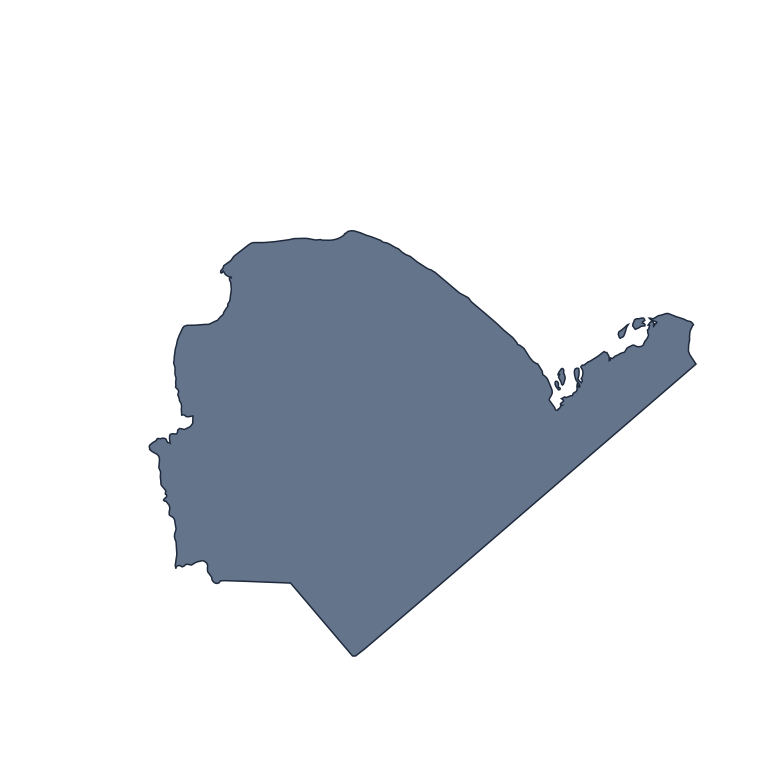 SVG path tracing the border of Buenos Aires, rotated 231°
{"feature_id": "ARG-1295", "entity_name": "Buenos Aires", "entity_type": "Federal District", "adm_level": 1, "iso_a3": "ARG", "parent_name": "Argentina", "parent_adm1": "", "projection": "albers", "projection_center": [-60.531, -37.151], "detail": "fine", "context": "isolated", "style": "filled", "palette": "slate", "viewbox_px": 768, "rotation_deg": 231, "n_neighbors": 0, "source": "natural_earth", "source_scale": "10m", "svg_char_len": 6175}
<svg xmlns="http://www.w3.org/2000/svg" viewBox="0 0 768 768"><g transform="rotate(231 384 384)"><path d="M577.7,348.5L577.4,366.4L577.0,369.5L575.9,371.8L569.7,379.4L563.8,388.0L555.9,401.0L553.7,405.5L547.1,414.1L545.1,416.3L538.8,421.6L536.4,425.3L535.8,425.9L534.8,426.4L530.1,432.0L528.3,434.6L526.9,437.4L525.8,440.3L525.2,443.3L524.9,446.4L525.6,448.1L525.2,449.5L525.3,451.6L525.1,452.4L523.7,455.0L521.7,457.2L516.4,460.8L510.5,464.0L506.4,466.8L497.5,471.9L495.6,472.2L494.8,472.5L491.9,474.9L489.8,476.1L483.0,478.7L479.9,480.3L474.9,481.0L470.8,482.4L466.6,484.7L457.6,486.7L445.8,490.6L442.6,492.6L440.9,493.0L438.9,493.9L407.2,499.9L398.1,503.7L396.8,503.8L393.0,503.6L367.7,508.4L358.9,509.9L350.3,511.0L338.9,513.3L332.7,513.3L330.6,512.8L329.9,513.0L328.7,513.9L323.5,515.2L312.8,513.9L307.8,514.0L304.2,515.2L303.7,515.7L302.8,516.1L294.1,515.0L293.4,514.3L292.4,514.0L291.5,513.2L291.0,513.2L290.0,513.7L287.7,514.2L285.1,514.2L274.6,511.2L272.6,510.2L270.9,508.8L269.8,506.7L268.8,504.1L268.1,502.8L267.3,502.3L258.3,501.8L256.1,500.9L254.9,501.7L254.3,502.8L254.9,503.5L254.6,505.0L255.7,507.7L255.4,508.9L256.1,508.2L256.9,508.2L257.5,508.6L257.7,509.6L257.6,512.2L257.8,512.7L258.4,513.2L261.0,512.7L260.3,515.1L260.5,516.1L259.1,516.9L258.6,517.5L257.9,520.1L257.4,521.6L256.6,522.8L256.5,523.3L257.6,525.0L257.6,526.3L257.2,528.5L257.7,529.8L258.7,531.0L261.2,532.8L262.3,534.1L260.8,533.9L259.3,533.2L258.5,534.1L259.0,534.8L260.3,535.4L261.6,535.6L265.9,535.7L267.2,536.0L271.6,538.1L274.0,539.8L275.3,541.7L275.3,542.5L275.1,543.4L274.7,544.1L274.2,544.7L273.5,545.0L273.1,544.9L272.3,544.2L271.2,543.7L268.0,540.9L266.9,539.4L266.2,538.0L265.7,537.7L265.0,538.0L264.0,537.7L260.9,538.1L261.2,539.4L261.6,540.0L262.0,540.5L264.0,540.5L264.8,542.6L265.9,544.1L268.2,546.2L269.2,546.8L271.9,547.5L273.3,547.6L273.6,547.9L273.9,549.5L273.7,550.3L273.1,550.9L272.8,551.6L272.7,556.6L272.1,558.2L270.9,567.9L270.8,574.2L270.6,575.5L270.3,575.4L268.4,576.6L268.2,577.0L264.0,576.3L262.8,575.6L260.4,573.7L260.2,574.5L260.4,575.2L261.6,576.6L260.3,577.3L260.0,577.9L260.2,580.5L260.0,581.8L259.3,584.3L259.0,586.8L258.0,589.7L257.5,590.4L257.4,591.1L258.9,595.2L258.9,596.7L257.9,600.8L257.5,602.2L256.3,603.0L253.9,604.1L253.0,605.1L252.0,606.3L251.3,607.8L251.0,609.2L251.3,610.3L252.9,613.3L253.9,617.5L254.4,618.2L254.4,618.5L255.3,620.1L255.8,620.5L257.5,621.1L259.4,622.3L260.0,622.5L260.2,622.8L260.2,624.5L260.4,624.9L261.2,625.5L261.8,626.6L262.6,627.3L263.6,626.3L264.4,629.5L264.4,631.3L263.5,632.2L260.9,631.7L259.8,630.2L259.2,629.8L259.3,631.0L260.2,632.7L260.1,633.3L259.7,633.7L260.2,634.8L260.6,635.0L264.8,632.4L266.4,631.7L268.2,631.6L267.5,632.4L265.6,633.9L265.2,634.8L264.4,640.2L262.8,643.4L261.4,647.3L260.0,649.2L252.1,653.7L245.7,657.9L242.1,659.5L240.2,661.1L239.2,661.7L238.0,661.9L236.6,662.0L235.3,661.8L234.9,660.0L232.7,655.6L231.9,654.5L228.6,651.3L225.9,649.2L222.9,645.6L218.6,641.8L217.8,641.2L214.3,640.1L203.1,639.0L192.9,302.7L190.3,202.6L190.5,190.8L192.4,188.4L220.9,187.7L288.1,186.1L321.3,148.2L331.8,136.0L333.9,132.9L333.3,130.7L333.9,129.0L334.9,127.9L335.6,127.5L337.1,127.0L339.0,126.9L340.0,127.1L342.2,128.4L343.0,128.5L349.1,128.8L351.7,130.6L353.8,132.6L355.3,133.3L356.7,133.5L357.6,133.3L359.3,132.8L360.7,132.0L361.2,131.3L363.4,126.7L364.0,124.2L364.4,120.9L364.6,120.4L364.8,120.1L367.3,118.1L368.3,116.9L368.5,116.4L368.3,114.4L368.7,112.4L369.2,111.9L371.3,111.1L372.0,110.4L372.5,109.5L372.7,108.5L372.6,107.5L371.5,106.0L374.4,107.6L382.0,115.8L392.1,123.0L394.4,123.7L397.3,125.1L399.3,127.0L401.6,130.5L402.4,131.3L410.2,135.7L412.4,136.2L417.3,134.7L419.7,136.4L421.9,139.1L424.8,140.7L430.0,140.8L430.8,139.9L432.2,139.5L432.6,139.7L433.0,140.8L433.1,141.8L433.1,143.5L433.3,144.2L434.3,145.0L434.9,145.3L435.8,144.8L436.1,144.8L437.4,146.0L437.8,147.0L438.4,147.3L444.5,147.2L446.1,147.4L447.3,148.1L448.3,149.0L452.6,151.7L455.7,154.6L456.8,155.3L459.7,156.0L460.7,156.4L466.7,162.1L469.1,163.4L471.9,163.5L477.3,161.3L480.4,160.7L480.4,161.0L481.6,161.4L483.0,162.1L483.4,162.5L483.9,163.6L484.0,165.0L483.9,168.1L483.4,171.2L484.1,172.9L484.2,173.7L482.2,175.8L481.3,177.8L480.4,178.8L479.2,179.6L478.1,179.9L476.5,179.3L474.4,179.1L473.5,180.4L472.7,180.6L476.1,182.6L478.8,184.9L479.4,186.3L478.3,188.5L476.9,189.9L476.0,191.1L476.0,192.1L476.4,193.1L477.9,194.6L478.1,195.2L478.0,197.3L474.2,200.4L472.8,206.6L473.8,210.6L479.4,215.4L481.7,211.2L483.3,209.7L485.4,209.4L486.7,208.1L487.1,207.2L491.7,210.4L494.3,212.9L496.4,214.0L499.9,214.6L501.7,215.8L505.3,216.9L507.3,219.6L508.9,220.3L512.2,220.0L512.8,220.1L513.9,221.4L516.5,223.2L519.2,226.0L523.3,227.8L528.1,231.8L532.8,233.8L534.7,236.0L537.0,238.0L542.5,243.8L544.5,246.7L548.1,251.1L550.7,255.5L554.4,263.2L554.6,265.0L553.5,268.0L548.8,273.9L542.7,282.8L540.9,284.9L540.1,287.5L539.0,292.3L538.3,294.5L539.2,300.0L539.2,302.0L539.5,303.4L540.5,304.4L542.2,309.4L542.4,310.9L542.6,311.5L543.6,312.1L544.8,313.6L545.1,315.2L545.9,316.7L553.6,324.9L559.4,328.8L561.9,329.4L563.2,330.2L563.7,331.1L562.6,332.1L563.0,332.6L564.1,331.6L565.3,330.8L567.8,329.9L569.2,329.7L572.9,330.1L572.4,328.4L572.6,327.4L573.4,327.2L574.6,328.2L575.5,332.0L576.8,333.9L576.3,342.8L577.5,346.8L577.7,348.5ZM269.3,613.6L270.7,613.8L272.6,613.8L274.1,615.3L276.2,619.2L275.8,621.3L274.2,623.3L273.2,625.6L272.0,627.1L270.5,627.2L269.2,626.6L269.5,624.5L268.9,623.2L267.4,624.2L265.9,624.2L265.0,623.3L265.9,622.1L267.0,620.0L267.3,617.2L268.3,613.7L269.3,613.6ZM281.5,525.3L281.7,525.0L282.1,525.5L283.0,527.0L284.0,530.5L284.2,531.6L283.7,532.6L282.6,532.7L281.4,532.3L279.7,530.7L276.2,529.5L274.9,528.7L273.9,527.8L271.6,524.5L270.9,523.1L270.9,522.0L271.9,521.8L274.0,522.8L279.5,524.0L280.7,525.8L280.8,526.5L281.1,526.5L281.3,526.1L281.5,525.3ZM270.9,596.3L272.0,596.2L275.2,597.3L276.7,599.3L276.5,602.4L276.5,606.3L276.8,610.2L276.5,611.3L275.3,608.0L274.0,606.3L271.5,602.6L270.2,599.9L270.9,596.3ZM271.5,517.4L270.7,518.2L269.6,518.1L269.0,517.2L269.6,515.9L274.0,516.1L276.0,516.7L277.7,518.1L278.0,519.0L277.6,519.8L276.7,520.2L275.7,520.3L274.6,519.8L271.5,517.4Z" fill="#64748b" stroke="#1e293b" stroke-width="1.5"/></g></svg>